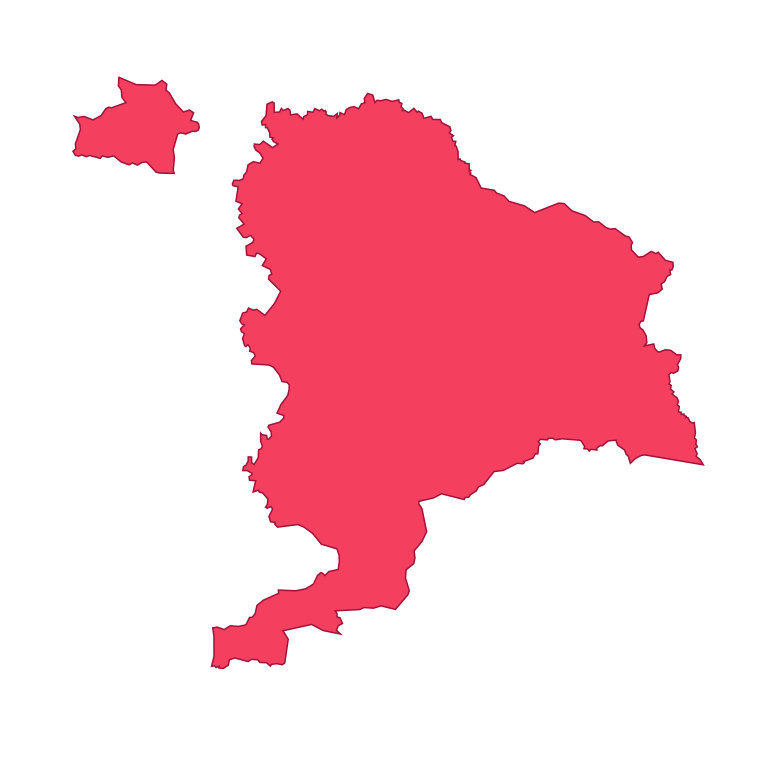 Mion, Northern, Ghana, rotated 183°
{"feature_id": "2480657B42193515445029", "entity_name": "Mion", "entity_type": "district", "adm_level": 2, "iso_a3": "GHA", "parent_name": "Ghana", "parent_adm1": "Northern", "projection": "orthographic", "projection_center": [-0.239, 9.451], "detail": "fine", "context": "isolated", "style": "filled", "palette": "rose", "viewbox_px": 768, "rotation_deg": 183, "n_neighbors": 0, "source": "geoboundaries", "source_scale": "gbopen_adm2", "svg_char_len": 6105}
<svg xmlns="http://www.w3.org/2000/svg" viewBox="0 0 768 768"><g transform="rotate(183 384 384)"><path d="M541.5,93.0L538.5,93.7L536.9,92.0L533.9,93.6L534.0,91.8L529.5,91.6L524.7,95.1L524.0,100.5L518.7,102.6L505.1,99.7L502.0,102.1L495.7,102.0L493.3,99.4L486.8,99.5L482.8,96.4L481.6,98.2L476.3,99.1L471.0,98.3L468.5,100.2L466.3,124.1L471.9,132.3L443.7,140.1L431.8,134.6L414.4,132.0L418.6,135.7L417.0,140.2L412.9,142.7L415.8,148.3L418.7,148.9L418.9,152.3L420.9,154.9L396.5,157.5L392.2,159.7L382.7,159.6L375.4,162.3L360.8,159.5L349.1,174.8L347.9,178.8L352.4,191.3L352.2,199.6L344.8,206.3L344.0,212.0L345.2,218.9L337.8,228.8L333.7,238.7L339.6,261.5L342.9,266.0L343.0,268.6L328.7,272.8L320.8,277.4L297.8,272.8L297.1,274.9L293.4,275.4L292.0,278.0L286.3,282.0L284.4,286.1L279.1,288.8L269.6,302.3L260.2,304.0L246.8,311.8L241.1,311.6L239.8,312.8L240.4,313.9L231.5,317.7L229.2,322.2L226.7,322.3L226.3,330.3L224.7,332.3L226.9,334.3L225.0,337.0L217.9,336.7L216.9,338.3L212.9,338.8L210.2,337.2L203.3,338.6L185.9,338.1L184.2,337.6L180.3,332.0L181.0,329.9L177.3,329.7L175.6,327.7L174.0,329.6L167.9,329.2L168.3,331.0L164.8,333.9L163.0,333.6L157.2,338.9L149.5,340.0L147.4,335.1L140.3,330.7L138.3,326.1L136.6,325.3L133.8,317.7L129.1,322.7L123.0,326.3L119.6,326.8L60.9,320.0L64.3,325.0L68.5,328.1L67.6,330.9L70.2,335.7L67.7,337.7L69.4,340.2L69.1,344.4L71.2,346.4L70.4,351.5L72.2,361.8L73.6,361.0L76.7,362.6L78.4,366.1L80.8,366.3L80.3,367.5L82.8,368.3L82.9,369.7L85.6,369.3L85.9,371.5L88.5,371.5L87.9,377.1L90.1,378.6L89.0,381.8L90.5,385.4L95.7,389.1L94.1,391.3L97.6,393.9L97.1,397.7L99.4,398.8L98.5,401.6L100.0,408.3L97.9,410.5L95.3,409.9L91.3,412.4L90.6,416.1L92.0,418.5L89.0,425.0L89.1,428.7L93.3,428.5L99.3,432.6L104.9,432.9L110.8,430.3L112.7,430.8L115.6,434.0L116.7,438.1L126.0,435.7L123.7,438.9L124.6,445.6L128.2,451.5L131.3,453.7L132.4,457.0L130.7,460.0L128.3,460.6L123.8,487.2L115.3,489.4L111.1,493.3L112.5,498.4L109.2,500.9L107.0,506.2L103.5,508.3L104.6,512.8L102.5,512.9L101.2,516.4L101.9,520.7L109.4,522.2L117.1,530.0L119.2,528.4L124.1,530.4L132.0,524.7L136.9,524.1L143.9,530.9L144.4,535.4L143.2,538.3L147.1,543.8L150.7,544.4L161.4,551.3L166.3,550.5L170.4,551.8L178.1,557.2L183.2,556.8L192.0,562.8L205.5,566.8L213.4,573.6L218.9,573.8L242.5,563.1L253.0,569.2L268.9,573.0L273.8,578.0L281.8,580.7L283.9,583.2L297.3,584.8L302.8,594.8L309.3,598.0L308.3,599.3L310.0,600.8L308.5,601.9L310.1,602.4L310.4,608.3L314.7,608.8L314.7,609.9L319.1,611.2L319.8,612.7L321.7,612.0L322.2,619.9L324.2,625.1L325.7,625.8L325.0,630.1L328.0,630.1L329.5,634.0L327.6,635.6L331.9,638.0L330.4,640.6L331.7,644.3L340.2,648.1L341.6,651.1L349.0,650.7L351.1,653.8L358.0,651.4L360.2,656.5L364.2,658.3L365.0,657.0L368.6,660.8L373.6,656.3L378.2,658.6L379.7,658.0L379.3,659.8L381.4,661.7L380.8,665.1L383.5,666.1L384.1,668.6L390.6,666.6L396.9,668.3L401.8,666.7L405.7,667.0L407.9,664.9L410.4,672.0L415.5,673.3L418.7,668.1L417.7,663.9L421.2,662.7L423.8,657.5L428.1,659.4L432.4,658.5L436.1,656.0L437.6,650.9L442.2,652.8L442.4,650.1L444.9,647.3L444.8,651.7L448.1,648.7L453.9,649.1L456.4,650.6L455.9,652.6L457.1,654.1L458.2,653.3L460.5,655.2L462.8,653.5L467.4,655.4L469.2,651.6L474.5,652.2L474.6,648.8L478.2,646.8L478.7,644.2L485.2,649.2L491.5,647.9L492.2,652.5L494.3,654.1L498.9,651.8L500.9,653.8L502.5,650.2L507.8,649.5L508.4,658.8L510.3,659.9L515.5,657.3L515.8,645.8L520.1,639.8L519.2,636.2L515.9,636.8L515.8,633.8L514.2,634.0L511.3,628.9L510.9,624.6L507.5,623.9L508.7,622.6L507.1,620.3L502.5,618.1L507.6,614.2L517.2,620.2L520.6,616.6L526.0,616.9L526.2,614.2L523.9,610.5L520.4,608.5L516.6,603.2L519.5,598.0L526.1,599.2L531.2,595.8L532.3,588.6L534.9,585.2L535.3,581.6L538.8,579.8L544.6,579.6L545.9,575.8L545.1,574.1L540.0,573.2L541.4,558.7L535.1,556.7L538.6,551.1L534.6,546.9L537.1,545.1L537.7,542.5L532.1,536.4L539.2,531.7L532.1,523.1L529.2,523.0L525.2,525.5L521.4,521.7L522.5,518.5L529.0,514.4L527.9,505.6L519.5,504.5L518.3,507.8L515.7,507.8L508.1,502.9L511.7,495.9L503.5,492.5L501.9,487.8L504.4,486.4L504.8,482.7L492.0,471.2L497.6,458.7L506.5,446.3L515.0,451.9L518.6,450.9L523.3,452.8L525.0,448.7L528.8,447.5L531.3,439.7L529.3,436.7L526.7,435.7L530.1,431.6L529.1,428.7L526.0,427.0L527.6,422.1L525.2,415.0L523.9,414.1L521.9,416.1L519.5,413.0L519.9,409.7L515.9,408.6L514.0,405.2L517.6,400.6L517.2,397.2L499.7,396.9L495.2,394.9L489.0,387.7L485.9,381.1L481.1,380.6L478.7,378.5L478.4,374.0L479.5,367.7L485.8,358.2L489.3,349.3L482.5,347.3L482.3,344.7L486.4,340.3L496.9,336.8L497.6,335.0L494.2,330.3L493.7,325.9L496.4,322.7L497.7,322.9L498.5,326.5L503.4,327.0L504.6,328.4L504.2,320.3L502.2,315.5L503.4,312.8L505.8,311.7L505.7,304.0L509.5,296.7L512.1,298.5L512.4,304.1L515.8,304.1L515.6,299.9L517.6,295.7L519.9,294.2L520.6,290.2L515.9,290.3L511.6,288.1L511.0,286.8L514.0,284.2L513.2,280.8L507.1,280.7L509.1,269.3L503.6,271.4L503.1,269.6L499.3,268.7L493.9,263.0L494.2,257.6L495.9,254.7L494.0,253.8L490.7,255.8L488.7,253.4L492.0,245.6L490.0,240.4L485.3,240.1L485.7,238.2L482.8,235.5L462.6,239.1L456.6,237.0L447.5,231.1L438.1,220.7L422.4,216.9L419.9,210.9L419.3,204.5L420.0,196.4L429.3,193.8L432.9,189.7L436.4,192.4L437.6,192.0L440.3,189.4L444.1,180.4L451.8,175.3L461.2,172.9L478.7,172.7L478.3,169.4L493.0,161.9L499.2,156.4L500.7,147.9L503.3,144.2L506.1,143.8L509.3,136.3L516.5,134.3L524.9,134.5L530.8,130.4L538.0,132.5L542.3,131.5L540.6,123.3L539.5,103.0L541.5,93.0ZM707.1,635.2L701.5,627.7L700.5,622.2L704.8,607.5L704.0,602.7L706.8,600.1L704.2,596.2L700.7,595.6L697.9,597.0L693.1,595.4L690.0,596.8L679.3,594.5L677.3,597.0L671.7,595.9L665.7,597.6L658.0,591.9L650.1,589.5L646.9,591.6L641.7,589.7L637.2,592.6L632.8,593.4L622.7,583.6L619.0,582.9L604.5,583.3L605.7,586.7L605.1,598.6L606.8,607.1L603.1,622.9L599.9,624.2L595.3,623.2L588.5,626.4L585.9,626.2L582.8,627.7L581.9,630.3L582.8,634.3L584.5,635.7L590.9,637.0L588.3,644.9L592.7,647.4L598.5,645.2L599.4,646.0L606.8,653.0L613.6,663.5L617.1,666.0L616.6,672.0L621.6,675.6L628.0,670.5L647.2,670.0L664.7,676.4L664.9,667.9L661.8,664.1L660.6,656.2L656.4,651.5L670.6,645.5L673.3,646.1L676.2,644.4L680.7,637.1L688.5,632.5L697.5,635.5L703.5,634.1L707.1,635.2Z" fill="#f43f5e" stroke="#9f1239" stroke-width="1.5"/></g></svg>